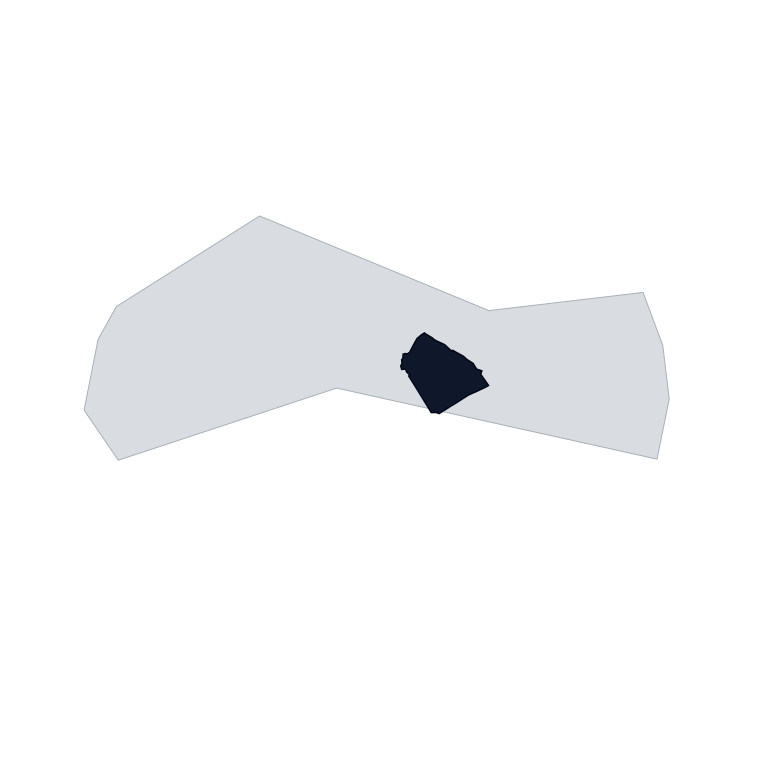 Barrigada, Guam shown in context, rotated 58°
{"feature_id": "77769853B91363375193449", "entity_name": "Barrigada", "entity_type": "district", "adm_level": 2, "iso_a3": "GUM", "parent_name": "Guam", "parent_adm1": "", "projection": "orthographic", "projection_center": [144.805, 13.478], "detail": "fine", "context": "in_parent", "style": "filled", "palette": "ink", "viewbox_px": 768, "rotation_deg": 58, "n_neighbors": 0, "source": "geoboundaries", "source_scale": "gbopen_adm2", "svg_char_len": 940}
<svg xmlns="http://www.w3.org/2000/svg" viewBox="0 0 768 768"><g transform="rotate(58 384 384)"><path d="M307.8,649.7L247.3,652.2L194.7,602.9L176.5,569.9L175.6,400.5L377.3,256.2L443.6,115.8L498.9,127.1L547.9,150.1L592.4,192.3L362.3,426.4L307.8,649.7Z" fill="#d9dde1" stroke="#a8b0b8" stroke-width="1"/><path d="M362.1,322.6L362.1,326.0L362.9,331.9L365.8,337.1L367.2,339.5L370.7,345.5L370.8,348.0L369.3,350.2L368.8,352.0L372.0,354.2L372.8,356.1L376.3,358.0L377.5,360.2L381.0,361.3L382.6,358.0L386.2,358.4L389.9,357.3L390.3,358.8L398.0,358.8L402.0,358.8L417.5,358.9L433.3,359.1L435.5,355.3L436.0,354.7L438.3,353.0L438.2,338.9L438.3,335.4L438.1,319.3L438.1,318.4L439.5,308.3L440.6,298.7L440.6,296.1L427.0,296.8L424.7,294.0L420.0,297.9L419.9,297.6L413.8,297.5L406.8,300.8L402.6,301.9L391.7,308.0L391.9,309.3L382.8,311.7L375.3,316.6L373.1,317.8L370.5,318.6L362.8,322.5L362.1,322.6Z" fill="#0f172a" stroke="#020617" stroke-width="1.5"/></g></svg>